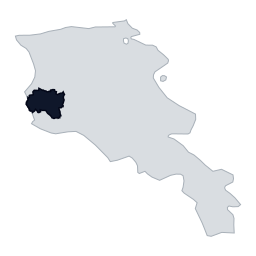 Talin, Aragatsotn, Armenia (highlighted)
{"feature_id": "60910142B13156315773752", "entity_name": "Talin", "entity_type": "district", "adm_level": 2, "iso_a3": "ARM", "parent_name": "Armenia", "parent_adm1": "Aragatsotn", "projection": "natural_earth1", "projection_center": [43.741, 40.354], "detail": "fine", "context": "in_parent", "style": "filled", "palette": "ink", "viewbox_px": 256, "rotation_deg": 0, "n_neighbors": 0, "source": "geoboundaries", "source_scale": "gbopen_adm2", "svg_char_len": 3872}
<svg xmlns="http://www.w3.org/2000/svg" viewBox="0 0 256 256"><path d="M110.3,161.6L107.8,157.7L95.4,145.1L83.8,135.4L76.0,131.4L68.0,131.8L55.7,133.8L51.2,133.0L40.4,128.8L31.5,123.7L32.7,121.6L34.6,120.1L32.3,113.6L27.3,103.1L27.9,99.9L26.3,95.3L24.6,91.9L31.6,83.7L34.8,77.1L35.5,70.7L33.6,64.0L29.0,52.0L26.2,48.5L20.9,45.2L16.5,39.9L15.4,36.1L19.1,35.3L30.0,35.2L40.5,33.9L48.7,31.4L60.7,29.3L65.6,27.5L71.4,26.6L88.8,28.6L95.3,27.0L115.0,26.8L115.5,26.0L112.8,23.4L112.8,22.5L124.5,20.9L126.3,19.7L127.9,23.7L132.3,28.2L137.1,30.0L139.7,32.5L139.8,34.3L131.3,36.6L130.8,37.8L131.3,38.9L133.9,39.4L145.8,45.1L152.6,45.2L156.2,46.9L158.0,50.3L163.7,54.9L168.2,59.3L168.5,60.8L167.7,63.1L155.0,71.8L153.5,74.8L153.3,78.0L158.9,87.4L167.2,97.8L179.1,105.6L195.5,114.1L195.7,119.4L193.2,125.7L191.0,129.9L190.0,132.8L188.0,134.0L171.8,133.8L169.3,134.8L168.2,136.0L168.2,137.0L174.0,139.0L183.2,145.7L188.5,152.2L194.0,155.0L200.2,160.2L205.2,165.1L212.9,171.3L221.5,169.3L233.0,174.9L233.5,178.7L232.8,182.0L225.6,185.7L224.7,187.3L224.8,188.5L225.7,190.3L230.0,193.4L235.0,197.9L240.6,204.6L238.2,206.6L232.9,206.8L228.9,206.0L227.4,207.4L227.5,209.6L232.9,214.7L234.0,218.4L233.8,224.8L234.2,233.0L221.7,232.4L211.2,236.3L207.2,235.6L204.5,228.7L202.2,223.0L195.3,208.6L197.1,202.7L193.3,199.3L184.2,193.2L181.9,190.7L183.1,187.2L184.0,180.9L183.1,175.7L180.6,174.2L176.1,174.1L170.6,175.3L159.6,180.3L152.0,177.1L147.5,173.9L145.0,171.3L139.3,173.5L137.8,172.4L137.5,165.8L135.8,162.2L132.3,158.1L129.1,156.1L117.4,160.2L110.3,161.6ZM128.0,43.2L128.4,40.8L127.8,38.7L125.9,38.0L123.6,38.6L123.4,40.9L124.1,43.2L126.5,44.2L128.0,43.2ZM165.8,79.9L163.1,81.4L160.6,80.8L160.6,77.1L162.4,75.6L164.5,75.7L166.5,77.0L165.8,79.9Z" fill="#d9dde1" stroke="#a8b0b8" stroke-width="1"/><path d="M63.2,91.9L62.7,92.6L62.2,93.1L60.6,93.2L59.2,93.7L57.5,94.6L55.9,93.7L56.4,91.7L54.9,91.2L54.5,90.5L54.5,89.7L53.4,89.6L52.6,89.6L51.7,89.9L50.6,90.1L50.5,90.4L50.6,90.8L50.7,91.5L50.3,91.7L49.9,91.5L49.4,91.3L49.0,91.3L48.5,91.6L47.4,91.9L46.9,91.8L46.3,91.2L45.6,90.9L44.8,91.0L43.1,90.0L42.8,90.0L42.4,90.3L39.9,88.8L38.9,88.3L38.8,90.1L38.7,90.4L37.0,90.4L34.2,90.3L33.0,91.6L32.9,92.1L33.2,93.7L33.3,94.7L32.5,94.9L30.4,95.1L29.5,95.3L29.3,95.5L29.3,96.4L29.3,97.5L28.3,97.6L28.1,97.5L28.2,97.8L27.9,97.8L27.8,98.0L27.8,98.3L27.8,98.5L28.0,98.7L28.1,98.9L28.1,99.0L28.1,99.3L28.2,99.5L28.1,99.8L28.0,100.0L27.9,100.1L27.7,100.1L27.6,100.3L27.6,100.5L27.4,100.6L27.2,100.7L27.2,100.9L27.2,101.0L27.3,101.1L27.2,101.2L27.2,101.3L27.2,101.6L26.8,101.7L26.7,101.8L26.8,101.9L26.7,102.0L26.6,102.3L26.6,102.5L26.4,102.7L26.5,102.8L26.5,103.1L26.5,103.4L26.4,103.6L26.3,103.8L26.1,103.9L26.1,104.1L26.3,104.3L26.3,104.5L26.5,104.7L26.7,104.8L26.8,105.1L26.9,105.5L27.1,105.7L27.2,105.8L27.4,106.0L27.5,106.1L27.6,106.3L27.7,106.7L27.8,106.8L27.8,107.0L28.1,107.1L28.3,107.2L28.4,107.3L28.4,107.5L28.5,107.6L28.8,107.8L28.7,108.1L28.7,108.3L29.0,108.5L29.3,108.6L29.4,108.9L29.4,109.1L29.3,109.4L29.2,109.5L29.1,109.8L29.4,109.9L29.6,110.0L29.7,110.4L29.7,110.5L29.8,110.7L29.9,110.8L30.0,110.8L30.3,110.7L30.4,110.8L30.5,110.9L30.6,111.0L30.7,110.9L30.9,110.8L31.1,110.8L31.3,110.9L31.5,111.0L31.8,111.1L31.9,111.3L32.0,111.4L32.1,111.5L32.3,111.8L32.4,112.0L32.7,112.0L32.7,112.3L34.5,111.0L34.8,110.7L35.5,109.2L35.7,109.3L37.1,110.9L37.9,112.4L38.9,112.6L40.6,111.7L40.2,110.7L40.2,109.7L41.2,110.0L42.2,110.4L44.6,110.4L45.8,110.5L47.6,113.3L50.3,115.4L51.5,116.8L52.1,117.9L53.0,118.0L53.5,118.4L54.4,118.4L54.9,117.9L56.2,118.0L57.0,117.6L57.3,117.6L57.7,117.8L58.0,118.3L58.9,117.9L59.2,117.8L59.8,117.7L59.5,116.4L60.9,115.8L60.7,115.2L59.7,112.4L60.1,112.1L58.9,108.9L59.1,107.8L61.2,107.7L61.9,106.8L63.0,106.7L63.2,105.8L62.4,105.0L63.2,103.0L64.1,99.9L63.7,99.2L63.3,97.0L63.8,95.5L64.5,94.5L63.7,93.1L63.2,91.9Z" fill="#0f172a" stroke="#020617" stroke-width="1.5"/></svg>